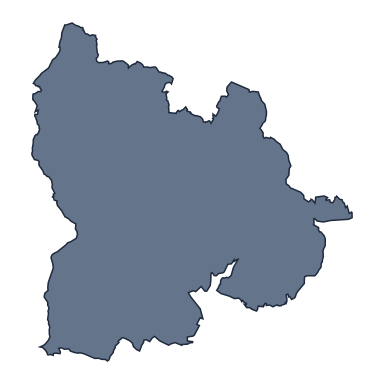 the district of Unguras, Cluj, Romania
{"feature_id": "2599482B84898659298862", "entity_name": "Unguras", "entity_type": "district", "adm_level": 2, "iso_a3": "ROU", "parent_name": "Romania", "parent_adm1": "Cluj", "projection": "mercator", "projection_center": [24.051, 47.095], "detail": "fine", "context": "isolated", "style": "filled", "palette": "slate", "viewbox_px": 384, "rotation_deg": 0, "n_neighbors": 0, "source": "geoboundaries", "source_scale": "gbopen_adm2", "svg_char_len": 5841}
<svg xmlns="http://www.w3.org/2000/svg" viewBox="0 0 384 384"><path d="M47.9,354.9L50.8,354.5L53.2,355.4L53.5,353.5L55.8,353.1L60.0,353.7L60.4,352.1L58.8,348.3L61.6,347.8L64.2,349.2L68.8,348.9L70.4,351.1L74.8,352.6L78.4,353.2L79.5,352.7L84.1,353.8L94.7,358.4L98.7,358.3L101.8,359.3L105.5,359.5L107.4,361.0L109.0,359.8L110.1,356.4L113.2,352.6L113.4,351.0L115.2,347.6L115.1,346.6L115.5,345.9L119.0,342.4L118.2,341.4L118.6,340.6L120.8,339.2L121.8,337.8L124.1,338.0L130.0,340.9L132.5,343.3L133.4,346.5L136.6,349.6L139.6,351.0L141.7,345.4L143.5,342.4L144.1,339.9L146.1,339.7L149.7,341.6L152.3,337.9L154.6,336.4L159.8,340.9L168.7,345.2L170.6,344.0L175.0,342.6L181.8,345.3L181.9,344.5L187.8,344.1L189.7,342.9L192.6,342.6L192.6,341.6L187.5,341.1L187.3,337.0L193.0,336.1L194.4,335.0L199.4,325.5L196.8,324.4L197.3,323.2L200.2,317.8L202.9,318.8L200.2,308.8L190.9,297.1L188.3,292.8L193.0,290.7L195.8,291.6L201.1,286.5L204.9,291.2L206.8,291.1L210.2,285.6L210.8,280.6L211.0,273.2L212.1,272.7L214.2,275.5L215.5,275.8L216.7,275.5L218.4,273.6L223.5,272.6L224.6,271.2L227.8,264.3L231.5,263.8L234.0,259.8L234.2,261.4L236.9,259.5L238.0,259.3L233.4,267.6L231.2,275.4L228.3,277.9L226.5,277.3L224.4,278.1L222.5,277.8L220.8,280.1L220.3,284.5L219.6,284.6L218.4,287.6L216.7,290.4L221.1,293.6L229.5,296.2L234.4,298.6L238.8,298.1L240.8,299.8L241.7,301.6L242.6,300.5L243.7,302.0L246.5,303.5L246.2,304.7L244.2,304.3L246.6,307.6L250.0,307.7L251.7,309.2L256.0,310.9L256.6,311.0L257.4,309.8L258.1,306.2L259.0,305.8L259.6,306.5L262.5,306.6L263.2,305.7L263.5,306.4L265.2,303.2L266.4,303.8L266.3,305.5L269.5,305.0L273.0,306.8L276.4,305.1L277.9,305.1L278.2,305.8L281.1,305.8L281.7,305.1L284.7,304.2L285.5,302.6L286.1,303.4L286.9,301.2L286.8,298.2L286.1,294.9L287.8,294.1L288.8,296.9L289.5,296.5L291.7,299.5L294.6,297.8L295.3,296.9L296.4,293.4L297.6,291.6L304.3,283.5L304.4,278.5L304.8,276.6L307.7,275.7L314.8,275.8L317.4,272.9L318.9,270.0L321.0,267.3L321.2,263.5L322.3,261.9L322.5,259.5L323.3,256.6L323.0,251.2L323.6,248.8L325.2,245.8L325.3,239.1L324.2,235.9L320.9,231.9L319.7,232.0L318.2,229.4L318.8,228.2L318.2,227.3L313.6,224.8L314.0,224.1L313.8,218.6L314.7,218.6L317.1,221.0L323.4,222.0L330.5,220.5L348.4,219.3L352.1,217.7L352.0,212.6L351.5,212.1L349.2,213.4L347.2,206.0L345.6,207.7L344.2,203.1L342.6,201.7L342.1,199.7L339.8,199.4L336.7,196.2L336.3,197.1L335.0,197.3L334.7,199.7L332.7,202.8L329.9,202.1L329.9,200.1L329.1,199.7L326.2,200.4L325.8,199.6L327.6,197.6L324.2,196.0L315.8,197.1L315.0,203.1L312.1,199.7L311.0,199.3L311.1,199.8L308.7,201.9L304.1,199.0L303.6,195.3L300.6,192.2L290.3,187.8L289.0,185.8L286.1,183.7L286.0,179.3L288.9,175.2L289.3,168.5L290.9,166.0L288.7,160.0L288.2,155.5L286.5,152.4L282.9,149.6L280.1,144.2L276.5,141.7L274.1,139.2L270.5,137.3L269.9,138.4L265.9,137.4L264.1,138.3L263.3,136.7L263.0,134.7L263.2,133.0L261.2,129.8L259.8,128.4L262.2,124.8L262.8,123.2L264.8,121.6L265.6,120.0L265.7,117.3L266.3,115.8L266.5,111.7L264.8,104.3L261.4,100.6L260.8,98.2L259.8,96.6L258.3,92.0L253.1,91.4L249.3,92.0L249.0,89.6L231.5,82.0L227.4,86.6L226.8,88.4L226.8,91.1L228.5,94.5L226.7,97.1L225.1,96.2L221.4,96.3L220.3,99.2L220.2,100.6L218.8,101.8L216.6,106.3L217.0,107.4L219.3,108.8L217.9,112.8L215.9,116.1L213.1,114.1L213.3,115.1L212.8,115.7L213.7,117.1L212.6,118.4L213.5,119.2L211.0,123.2L209.7,121.0L209.0,120.8L205.8,122.3L205.6,121.9L203.4,122.0L202.6,119.0L200.4,116.8L196.3,115.6L195.2,115.8L190.4,113.4L190.9,112.7L190.2,111.9L187.3,111.4L186.8,110.3L187.5,109.8L187.3,109.3L185.7,106.9L182.8,109.9L181.7,110.1L180.1,111.5L179.2,111.5L178.8,110.5L177.9,110.5L176.2,112.7L176.2,113.4L168.9,112.6L168.8,108.5L168.4,106.9L169.1,105.2L167.8,100.8L166.4,99.9L166.8,98.2L166.0,93.8L168.1,91.9L166.3,91.2L165.8,92.0L163.1,92.2L162.0,91.5L164.3,87.3L164.8,85.0L166.3,83.1L169.4,82.4L170.9,83.0L171.5,83.9L173.1,78.9L172.3,77.4L169.1,75.3L168.2,75.4L165.0,73.1L164.0,73.5L163.0,72.7L161.9,72.9L161.0,72.1L159.1,72.1L156.2,67.7L154.9,66.9L149.7,67.6L147.6,67.0L143.8,67.1L142.6,64.8L140.2,62.8L137.2,61.5L135.2,64.0L134.3,63.8L131.7,65.1L128.4,68.1L128.2,67.1L128.6,65.5L127.9,64.7L123.6,61.3L122.1,60.9L117.1,61.1L112.8,62.2L111.8,63.3L109.4,63.9L108.6,63.6L108.9,62.1L107.6,61.0L103.0,62.5L98.5,62.6L96.7,61.1L96.2,58.5L97.6,57.1L98.3,54.6L97.3,52.8L96.5,45.8L96.6,44.8L97.0,44.7L96.2,40.3L97.0,39.3L95.4,36.5L95.6,35.4L92.2,34.8L90.1,35.8L87.3,34.0L85.9,33.9L84.7,32.8L83.7,30.2L82.8,30.0L83.1,28.5L82.6,27.5L81.2,27.8L79.0,26.4L75.4,25.2L72.1,23.0L65.9,25.1L64.8,24.9L61.8,32.9L61.4,37.9L59.9,41.8L59.0,47.2L60.0,47.2L60.0,50.4L58.6,53.3L55.6,57.6L52.6,59.8L48.6,68.0L41.4,73.4L39.9,75.5L35.5,79.9L33.3,83.4L34.8,84.2L35.8,85.8L37.6,85.7L38.2,86.8L38.7,86.4L39.6,86.6L40.4,89.0L41.3,89.5L41.3,90.0L40.7,91.6L38.2,91.5L35.2,93.6L33.2,94.0L32.9,95.0L32.8,99.6L34.6,101.5L37.3,105.8L35.2,111.7L38.3,110.1L37.5,114.5L34.9,114.3L34.8,116.2L35.7,117.4L36.2,119.3L36.8,120.3L37.4,124.2L38.7,125.2L39.3,127.1L39.0,128.0L39.7,129.1L38.2,133.3L37.1,134.7L36.3,134.5L35.1,135.5L33.3,139.5L33.2,143.4L32.3,148.5L32.6,151.1L31.9,153.0L32.0,155.1L34.4,159.6L37.8,160.3L39.3,161.8L38.8,163.7L39.1,165.4L43.0,171.0L43.9,173.9L45.9,175.0L47.1,176.5L48.6,176.6L51.4,180.2L52.4,184.9L52.0,186.3L52.2,188.3L54.9,193.3L53.3,194.2L53.8,196.3L52.6,196.5L52.5,197.0L53.3,197.4L54.3,200.2L57.1,201.0L56.7,202.6L57.5,205.6L61.7,210.8L65.0,216.8L68.5,218.6L71.0,221.2L75.9,224.0L75.4,228.9L77.0,231.6L77.4,234.3L76.4,238.2L70.2,242.0L67.8,242.7L65.9,244.9L57.4,251.7L53.4,253.7L52.0,255.0L51.1,257.0L51.1,258.1L52.8,263.9L53.3,268.0L48.3,282.5L47.8,287.1L48.0,290.5L44.7,293.4L44.2,297.1L47.9,302.6L47.6,303.7L47.8,305.3L49.0,308.0L48.0,311.3L48.5,313.3L47.6,319.7L48.7,321.5L48.5,323.8L49.8,327.2L49.2,329.9L49.4,334.7L50.0,336.7L48.5,340.1L45.3,344.0L43.3,345.5L40.0,346.9L42.6,347.5L45.2,349.9L47.2,352.9L47.4,354.3L47.9,354.9Z" fill="#64748b" stroke="#1e293b" stroke-width="1.5"/></svg>